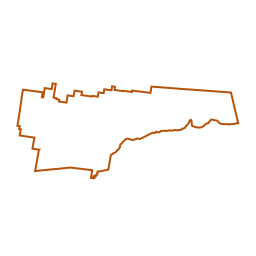 the district of Choya, Santiago del Estero, Argentina, rotated 267°
{"feature_id": "61730980B98686515489678", "entity_name": "Choya", "entity_type": "district", "adm_level": 2, "iso_a3": "ARG", "parent_name": "Argentina", "parent_adm1": "Santiago del Estero", "projection": "robinson", "projection_center": [-64.902, -28.858], "detail": "fine", "context": "isolated", "style": "outline", "palette": "amber", "viewbox_px": 256, "rotation_deg": 267, "n_neighbors": 0, "source": "geoboundaries", "source_scale": "gbopen_adm2", "svg_char_len": 4834}
<svg xmlns="http://www.w3.org/2000/svg" viewBox="0 0 256 256"><g transform="rotate(267 128 128)"><path d="M153.9,21.5L151.0,20.9L136.0,17.7L135.6,20.0L132.6,19.3L132.3,20.9L128.2,19.9L126.2,19.4L123.3,33.9L123.3,34.0L112.3,31.5L111.0,37.9L111.0,38.0L110.9,37.9L91.1,33.3L89.9,33.0L90.0,35.6L90.1,36.9L90.3,42.2L90.4,45.6L90.5,45.7L90.6,47.9L90.6,48.1L90.7,50.8L90.8,53.0L90.9,56.3L91.5,68.4L89.7,78.8L88.9,83.5L88.7,84.6L87.7,90.1L81.2,88.6L80.2,88.4L79.5,91.1L79.7,91.3L79.8,91.4L79.7,91.5L79.7,91.8L79.8,92.0L80.0,92.0L80.3,92.0L80.5,92.0L80.6,91.9L80.8,91.8L80.9,91.7L81.0,91.6L80.9,91.5L80.9,91.3L80.9,91.0L81.1,91.0L81.3,90.9L81.6,91.0L81.8,91.4L81.8,91.7L81.8,91.8L81.9,92.0L82.0,92.1L82.0,92.3L81.9,92.5L81.7,92.6L81.4,92.8L81.3,93.0L81.5,93.4L81.7,93.5L81.8,93.5L82.0,93.5L82.2,93.4L82.3,93.4L82.5,93.3L82.7,93.5L82.8,93.6L82.9,93.8L82.9,94.1L83.0,94.2L83.1,94.3L83.3,94.4L83.5,94.4L83.8,94.5L83.9,94.8L83.7,95.0L83.8,95.0L84.0,95.0L84.2,94.9L84.4,94.9L84.5,94.9L84.8,95.0L85.0,95.1L85.3,95.1L85.5,95.3L85.8,95.4L86.0,95.4L86.3,95.5L86.3,95.8L86.2,95.9L86.2,96.0L86.1,96.3L86.0,96.6L86.0,96.9L86.0,97.2L87.4,105.4L87.5,106.2L92.0,107.2L95.5,108.0L100.4,109.1L102.0,109.5L102.7,111.1L103.8,112.3L104.0,113.6L104.1,113.8L104.8,114.7L104.8,114.8L105.6,115.5L105.8,115.7L105.9,115.8L106.1,115.9L107.2,117.4L107.6,117.7L108.4,118.3L108.5,118.4L108.9,118.6L109.3,118.7L109.3,118.8L109.6,118.8L110.2,119.0L110.5,119.1L111.0,119.3L111.4,119.4L111.7,119.6L112.1,119.9L112.3,120.0L112.5,120.4L112.8,120.7L112.9,120.9L113.2,121.2L113.7,121.6L113.9,121.7L114.2,121.9L114.5,122.2L115.6,123.6L116.9,125.1L117.1,125.4L117.2,125.6L117.2,125.9L117.2,126.2L117.3,126.4L117.3,126.9L117.4,127.1L117.3,127.5L117.0,128.4L116.4,129.8L115.9,131.6L115.8,132.0L115.7,132.4L115.9,132.9L115.9,133.2L116.3,134.5L116.5,135.0L116.7,135.8L116.8,135.9L116.9,136.4L117.1,136.7L117.0,137.0L116.8,137.6L116.5,138.5L116.4,138.9L116.4,139.0L116.4,139.4L116.4,139.5L117.1,140.9L117.3,141.6L121.0,150.0L121.5,151.1L122.0,152.3L121.7,153.2L121.7,154.6L122.5,155.2L122.7,156.0L122.3,156.8L122.3,157.3L122.2,157.7L122.1,158.7L122.0,159.1L123.3,160.7L123.3,161.1L123.3,163.9L123.2,164.3L123.2,164.8L123.2,165.1L123.2,165.5L123.0,166.0L123.1,166.4L123.1,166.6L123.3,166.9L123.2,167.4L123.2,168.0L123.3,168.5L123.5,169.3L123.3,169.9L123.3,170.6L123.1,171.3L123.1,172.0L123.0,172.7L123.2,173.2L123.5,173.7L123.5,173.9L123.5,174.4L123.5,175.1L123.3,176.0L123.2,176.8L123.1,177.2L123.2,177.8L123.2,178.3L123.3,179.0L123.2,179.5L123.2,180.2L123.4,180.5L123.7,181.0L123.9,181.4L124.0,181.8L124.1,182.0L124.3,182.4L124.4,182.6L124.5,182.6L124.5,182.9L124.5,183.1L124.6,183.4L124.8,183.8L124.9,184.2L125.1,184.7L125.5,185.0L125.8,185.2L126.4,185.6L127.0,186.0L127.2,186.5L127.9,187.2L128.2,187.6L128.6,187.9L128.7,188.0L129.2,188.4L129.9,188.9L130.3,189.1L131.3,189.7L131.8,190.0L132.1,190.2L132.3,190.4L132.5,190.5L132.8,190.7L132.8,190.8L132.9,191.0L132.5,191.4L131.9,191.7L131.6,191.8L131.2,191.8L130.7,191.8L130.2,191.8L129.4,191.9L128.7,191.9L128.0,191.9L127.6,192.0L127.3,192.0L127.1,192.0L126.9,192.3L126.7,192.4L126.6,192.5L126.4,192.7L125.9,194.2L125.5,195.2L125.3,195.7L124.8,198.0L124.8,198.5L124.7,199.0L124.7,199.4L124.7,199.5L124.8,200.1L124.8,201.1L124.9,201.4L125.1,201.9L125.4,202.6L125.8,203.3L126.3,204.0L126.6,204.3L126.9,204.8L127.3,205.1L127.5,205.4L127.8,205.7L128.2,206.2L128.3,206.5L128.4,207.0L128.4,207.5L128.5,208.0L128.6,208.3L129.0,208.6L129.3,209.1L129.8,209.3L129.9,209.5L130.2,209.7L130.7,210.2L130.8,210.3L131.2,210.7L131.3,210.8L131.5,210.9L131.8,211.3L132.0,211.5L132.1,211.8L132.1,212.0L132.2,212.3L132.1,212.5L131.6,213.7L131.4,214.2L131.3,214.7L131.2,214.9L131.1,215.3L131.0,216.2L130.8,216.7L130.6,217.2L130.5,217.5L130.2,217.9L129.6,218.3L129.1,218.7L128.2,219.5L128.0,219.8L127.7,220.2L127.5,220.9L127.3,221.1L127.3,221.8L127.0,222.8L126.9,223.4L126.7,224.3L126.8,224.9L126.8,225.5L126.8,226.4L126.7,227.2L126.4,227.9L126.3,228.7L126.3,229.8L126.5,230.3L126.5,231.1L126.4,232.0L126.4,232.7L126.5,233.3L126.5,234.0L126.5,234.6L126.6,235.3L126.8,235.8L127.0,236.3L127.2,236.9L127.2,237.2L127.1,237.3L127.1,237.9L127.1,238.3L138.5,236.2L140.9,235.8L142.8,235.4L145.2,235.0L148.7,234.4L158.0,232.7L158.3,230.3L158.8,226.7L159.6,220.2L161.0,209.3L162.0,201.5L164.2,183.7L165.1,176.9L167.9,155.2L168.1,153.6L161.9,152.3L163.0,146.3L165.2,134.1L163.8,133.8L164.4,130.5L165.4,124.9L165.1,124.8L166.7,116.5L169.9,117.1L170.5,114.3L166.6,113.5L167.9,106.3L164.1,105.5L165.1,100.4L160.9,99.5L161.9,93.8L161.3,93.7L163.3,83.2L166.6,84.0L168.1,76.6L162.6,75.4L163.7,69.4L156.6,67.9L158.0,60.5L159.9,60.9L160.5,58.1L161.4,58.2L162.2,55.3L170.0,56.9L175.8,58.2L176.1,56.6L176.5,55.0L170.8,53.8L171.0,53.1L172.2,46.9L163.0,45.0L163.3,43.7L168.1,44.6L171.8,25.2L168.6,24.4L164.5,23.5L153.9,21.5Z" fill="none" stroke="#b45309" stroke-width="2"/></g></svg>